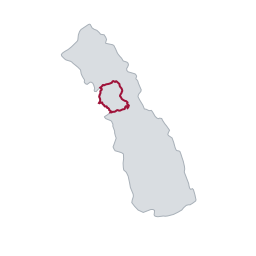 location of Bagmati within Nepal, rotated 219°
{"feature_id": "NPL-1130", "entity_name": "Bagmati", "entity_type": "District", "adm_level": 1, "iso_a3": "NPL", "parent_name": "Nepal", "parent_adm1": "", "projection": "robinson", "projection_center": [85.32, 27.846], "detail": "fine", "context": "in_parent", "style": "outline", "palette": "rose", "viewbox_px": 256, "rotation_deg": 219, "n_neighbors": 0, "source": "natural_earth", "source_scale": "10m", "svg_char_len": 4800}
<svg xmlns="http://www.w3.org/2000/svg" viewBox="0 0 256 256"><g transform="rotate(219 128 128)"><path d="M225.0,142.3L226.0,143.1L226.1,144.4L225.9,145.8L224.9,148.8L224.0,151.0L223.0,155.5L222.1,163.3L222.3,164.7L225.2,169.2L226.4,172.6L226.5,175.0L225.3,178.9L223.9,183.4L223.3,184.4L222.5,184.7L218.9,183.2L216.5,183.4L213.7,184.3L210.7,184.1L208.3,183.6L205.2,185.4L202.3,184.4L200.4,183.3L199.1,180.2L198.6,179.8L192.4,183.0L190.9,183.2L187.1,181.5L183.9,179.8L182.7,179.3L179.7,178.6L176.9,178.2L174.0,177.1L170.3,178.5L168.8,178.4L167.4,177.4L166.7,175.3L166.5,173.4L165.2,172.0L163.3,171.7L160.5,172.9L156.6,174.5L155.3,174.3L154.1,173.8L153.7,173.4L153.1,171.5L152.5,171.1L151.5,171.1L149.9,170.6L147.9,169.2L141.8,166.0L141.0,164.5L141.0,161.3L140.7,160.0L139.9,158.6L136.8,157.2L130.7,155.0L127.3,153.1L125.7,154.0L122.6,154.7L120.9,156.4L118.9,155.9L114.2,154.1L111.6,153.9L110.1,154.5L109.7,155.5L107.8,156.6L106.0,155.7L102.3,154.5L99.1,153.8L94.3,152.4L93.8,150.1L93.0,148.0L91.8,147.6L87.5,148.0L83.5,145.6L79.2,142.5L77.4,141.5L76.2,141.1L75.2,141.5L74.0,142.2L72.9,142.4L70.6,141.1L67.7,139.2L64.1,136.9L59.9,133.6L58.1,131.8L57.3,130.4L56.5,129.1L52.8,127.0L49.9,125.3L46.4,123.3L45.8,122.9L44.5,121.7L42.4,120.1L40.8,119.7L40.2,120.5L39.8,121.4L38.3,121.2L36.1,119.7L33.7,118.0L31.9,116.5L30.0,115.0L29.5,113.9L30.4,110.3L31.5,107.3L32.5,106.6L34.0,104.6L34.6,101.1L34.6,98.1L36.2,93.9L38.3,89.4L41.9,84.5L43.5,82.9L45.2,81.8L48.5,78.3L49.2,77.7L50.7,76.8L52.1,76.5L53.1,77.0L54.2,78.8L55.5,80.6L57.1,80.5L59.0,79.0L63.0,72.0L68.5,70.6L73.6,71.3L78.1,72.4L79.4,74.7L80.3,77.1L80.9,78.4L82.3,79.8L88.7,83.3L92.4,86.5L97.6,90.7L101.4,92.5L104.9,92.7L106.8,94.4L109.7,97.6L112.1,101.4L115.2,104.9L117.3,104.8L120.2,103.7L123.7,102.2L125.8,102.9L127.7,103.9L128.3,105.7L129.5,109.1L130.8,112.7L132.8,113.9L135.2,115.7L136.5,117.2L141.0,119.9L141.6,120.9L142.5,121.7L143.6,122.1L144.5,122.7L145.9,122.9L151.1,121.3L152.5,121.5L153.3,121.8L153.3,122.4L152.4,124.9L151.6,128.0L152.4,129.7L154.6,130.3L159.4,130.8L165.9,130.7L167.9,132.4L169.8,134.8L171.8,138.9L172.6,140.7L173.6,141.2L175.3,140.5L175.6,138.8L175.6,136.3L177.1,135.4L178.0,136.0L179.0,138.0L181.7,139.8L183.7,140.7L185.5,140.4L186.3,139.7L187.2,136.2L188.6,135.7L190.5,135.9L191.2,136.6L192.0,138.0L194.2,138.7L196.4,139.6L198.5,140.7L201.5,143.3L205.1,143.7L209.3,143.7L211.5,143.7L213.2,143.9L214.6,143.7L219.0,141.9L220.7,141.8L222.9,142.0L225.0,142.3Z" fill="#d9dde1" stroke="#a8b0b8" stroke-width="1"/><path d="M151.4,129.2L151.4,129.6L151.6,130.0L152.1,130.3L152.7,130.3L153.2,130.1L153.7,130.0L154.4,130.7L154.9,130.9L155.4,131.0L155.7,131.0L156.1,131.0L156.7,130.6L157.0,130.6L157.3,130.7L157.6,131.0L157.8,131.2L158.2,131.3L158.6,131.1L159.2,130.4L159.5,130.2L159.9,130.2L160.3,130.3L161.0,130.7L161.5,130.6L162.1,130.6L162.6,130.7L163.2,130.8L163.7,131.2L164.0,131.5L164.3,131.5L165.0,130.5L165.1,130.3L165.7,130.1L165.8,129.9L165.9,129.7L165.9,129.4L165.9,129.2L166.3,129.1L166.4,129.7L166.4,131.0L166.8,131.7L167.3,132.3L167.8,132.9L168.4,133.3L169.5,133.8L170.0,134.1L170.4,134.6L170.5,134.9L170.6,135.5L171.0,136.1L171.1,136.3L171.1,136.6L171.1,137.0L171.3,137.6L171.5,138.0L172.4,138.8L172.7,139.3L172.7,139.9L172.6,140.5L172.5,141.0L172.8,141.7L173.3,141.9L174.4,141.8L175.0,141.9L174.6,143.1L174.5,143.8L174.6,144.8L174.6,145.4L174.5,145.7L174.3,145.9L173.8,146.0L173.6,146.0L173.4,146.3L173.1,146.8L172.7,147.7L172.4,148.2L172.1,148.6L171.1,149.7L170.0,151.2L169.9,151.6L169.6,152.1L169.4,152.4L169.2,152.7L169.1,152.9L169.2,153.3L169.2,153.5L169.3,154.6L168.8,155.3L167.3,155.6L167.1,155.7L166.9,155.9L166.9,156.2L166.9,156.5L166.6,156.8L166.4,157.0L166.0,157.0L162.5,156.8L162.4,156.7L162.2,156.6L161.7,156.2L161.1,155.6L160.5,155.3L159.7,155.0L159.0,154.9L157.9,154.7L156.4,153.8L156.1,153.5L155.8,153.2L155.7,152.9L155.6,152.2L155.5,151.9L155.4,151.7L155.2,151.5L155.2,151.4L155.1,151.0L154.9,149.3L154.6,148.2L154.3,147.8L154.1,147.7L152.9,147.5L151.6,146.9L151.2,146.7L150.9,146.7L149.2,146.8L148.3,147.0L147.8,147.1L147.3,147.2L146.7,147.6L146.3,147.7L146.0,147.7L144.5,147.6L144.2,146.7L143.9,146.3L143.7,146.2L141.9,146.1L141.5,146.0L141.4,145.9L141.5,145.6L141.5,145.4L141.4,145.2L141.1,144.7L140.9,144.4L140.8,144.2L140.8,143.9L140.8,143.7L141.0,143.4L141.0,143.2L141.3,143.3L141.5,143.6L141.8,143.9L141.9,144.0L142.1,144.1L142.4,144.1L142.6,144.1L142.8,144.1L143.0,144.0L143.2,143.8L143.3,143.6L143.4,143.0L143.3,142.6L143.2,142.2L142.8,141.3L142.7,141.0L142.6,140.9L142.7,140.5L142.8,140.3L143.5,139.5L143.9,139.1L145.1,136.6L145.3,136.3L145.6,136.1L146.0,135.8L146.5,135.6L147.1,135.5L147.4,135.3L147.7,135.0L147.9,134.4L148.3,132.8L148.6,132.4L148.9,131.9L149.9,131.1L150.1,130.9L150.6,129.8L151.0,129.5L151.4,129.2L151.4,129.2Z" fill="none" stroke="#9f1239" stroke-width="2"/></g></svg>